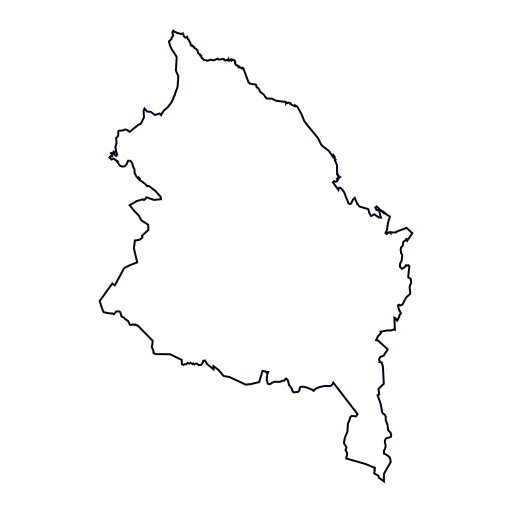 outline of Caimito, Sucre, Colombia
{"feature_id": "7082276B33919985254113", "entity_name": "Caimito", "entity_type": "district", "adm_level": 2, "iso_a3": "COL", "parent_name": "Colombia", "parent_adm1": "Sucre", "projection": "equal_earth", "projection_center": [-75.153, 8.788], "detail": "fine", "context": "isolated", "style": "outline", "palette": "ink", "viewbox_px": 512, "rotation_deg": 0, "n_neighbors": 0, "source": "geoboundaries", "source_scale": "gbopen_adm2", "svg_char_len": 6026}
<svg xmlns="http://www.w3.org/2000/svg" viewBox="0 0 512 512"><path d="M169.0,41.4L170.1,46.0L172.3,50.2L175.8,55.4L176.7,57.3L175.9,70.6L178.3,76.2L177.6,86.7L175.0,93.9L174.7,95.5L174.1,95.9L173.3,98.7L170.9,103.2L167.4,107.6L163.9,110.5L161.8,113.7L161.4,113.8L161.1,115.1L160.4,114.6L160.0,113.8L159.3,113.5L154.8,115.0L150.9,111.9L147.1,111.5L144.5,108.6L143.6,110.7L144.0,117.3L140.9,123.7L138.2,124.9L129.7,131.8L126.8,129.9L124.8,129.5L123.1,130.4L118.8,130.8L118.3,131.3L118.2,135.9L116.2,138.0L116.5,143.3L115.4,146.9L116.2,151.7L117.1,154.1L116.4,155.8L114.8,155.1L113.7,153.7L114.1,153.9L114.6,152.2L113.6,151.6L113.1,153.5L111.1,152.9L110.9,153.2L111.5,153.5L112.1,156.2L110.6,156.2L109.4,157.5L111.6,159.5L113.4,158.5L116.7,160.8L116.4,160.8L120.0,165.8L122.3,166.6L124.0,166.4L125.8,165.3L126.7,164.1L128.0,160.8L130.4,160.8L132.2,163.2L133.1,166.7L134.4,169.1L134.7,173.3L136.9,177.3L138.2,178.6L138.7,177.5L139.9,178.7L139.4,179.8L145.0,183.7L147.2,186.2L148.9,186.0L155.3,190.9L160.7,196.9L161.0,199.2L154.0,199.9L146.4,197.3L145.4,198.9L143.9,200.1L142.8,199.3L136.9,201.0L129.6,205.2L133.6,210.2L138.8,215.6L141.4,220.4L148.2,224.7L148.4,229.9L142.0,235.8L142.4,237.2L142.2,237.9L139.3,239.9L134.9,240.5L133.9,248.3L137.2,262.4L130.1,265.1L124.8,267.7L123.7,268.9L114.8,285.4L112.3,283.5L99.7,301.0L102.1,308.7L103.7,312.2L110.3,313.5L112.3,313.4L113.8,314.3L116.5,311.3L119.6,311.6L120.4,312.3L121.5,316.4L123.8,317.5L124.9,318.9L128.1,321.0L129.9,324.7L131.1,325.0L133.4,324.4L134.7,325.1L135.6,324.5L136.6,325.3L137.7,325.5L152.7,340.8L152.2,345.4L151.7,346.7L153.5,351.2L153.5,352.9L154.0,353.3L155.8,354.1L170.0,354.2L181.7,359.9L181.9,364.2L183.4,364.9L184.7,364.1L186.0,364.4L187.6,362.9L189.4,363.6L190.7,362.8L192.5,364.1L193.4,363.4L194.3,364.4L195.8,363.6L197.2,363.7L198.6,365.1L201.3,364.8L203.0,362.1L203.3,360.8L205.0,360.5L207.0,363.9L213.5,369.3L213.5,366.2L218.6,370.0L223.6,376.0L229.4,377.0L245.7,384.6L250.8,384.1L259.2,382.1L262.5,370.9L265.5,371.5L266.2,372.2L266.5,371.7L268.3,372.0L267.4,373.8L266.8,377.9L266.8,380.1L267.8,383.7L270.1,384.2L272.2,382.7L274.6,381.7L279.6,381.9L282.2,380.9L284.4,380.6L285.2,379.1L286.4,378.6L288.0,380.6L289.0,385.0L291.7,388.5L292.5,391.0L293.4,392.2L294.1,392.3L298.1,391.9L299.3,390.5L300.0,387.4L300.7,387.0L302.7,386.6L306.4,387.4L312.4,389.8L313.2,390.7L314.1,390.6L314.1,390.0L316.3,388.4L318.6,387.4L324.6,385.9L329.5,386.1L331.3,385.6L332.6,384.1L333.3,382.6L357.6,414.2L356.0,416.4L351.9,415.9L350.4,416.9L349.2,421.0L348.4,422.4L347.9,424.1L347.4,431.6L344.9,437.6L344.0,442.4L344.3,443.9L346.3,446.9L346.2,448.5L345.5,450.0L346.9,452.4L347.1,454.6L346.2,458.5L365.2,463.9L374.9,467.9L374.4,470.1L374.8,470.3L374.1,473.3L378.4,475.7L378.9,477.7L383.9,481.3L383.9,473.9L390.7,462.0L390.1,458.3L389.3,456.9L386.4,454.7L383.9,453.5L384.0,450.4L384.9,449.2L385.7,446.0L384.8,441.4L385.4,439.4L386.3,438.3L390.6,437.0L391.0,436.5L391.2,434.7L390.4,432.4L388.1,430.2L387.5,424.8L385.8,420.3L385.7,416.5L384.6,414.5L383.2,413.8L382.2,412.4L380.7,403.9L377.6,395.2L379.2,394.4L378.5,388.9L383.8,383.7L382.9,366.5L381.6,362.3L379.5,362.1L379.8,361.4L379.0,359.9L379.1,359.1L380.5,356.9L383.9,355.5L384.6,353.9L386.5,351.4L387.7,349.3L378.0,340.5L376.1,340.1L377.8,336.6L381.0,332.9L380.6,331.7L387.5,330.4L390.7,330.5L393.6,329.5L394.9,329.8L394.4,317.8L395.6,318.4L397.1,320.6L398.1,319.3L398.5,317.7L399.2,317.0L399.3,315.3L400.7,313.8L400.8,313.1L398.9,309.5L398.0,305.7L398.2,305.1L399.2,304.7L400.3,305.5L402.6,304.4L406.1,297.5L409.9,294.1L410.2,292.8L409.6,287.3L410.1,284.9L411.0,283.6L411.2,282.2L410.7,278.8L408.4,277.5L408.2,276.5L409.4,266.1L408.3,265.2L407.1,265.7L406.3,265.1L404.2,267.5L401.9,268.8L399.9,266.7L400.1,263.6L401.7,260.5L402.2,255.6L402.0,254.2L401.0,253.1L401.0,251.4L400.6,249.7L401.1,247.4L402.8,245.6L403.0,243.4L403.5,241.7L405.3,240.5L406.3,238.9L406.7,239.1L407.3,240.6L412.3,233.2L406.6,227.9L396.5,231.6L396.3,232.3L393.0,232.5L390.7,232.1L390.4,232.2L390.5,233.2L389.5,232.4L388.5,232.4L387.4,233.4L387.0,233.0L386.5,233.9L385.5,233.1L386.8,230.5L388.1,222.5L389.9,216.5L387.0,214.8L383.4,211.9L383.4,212.7L376.6,206.4L375.3,207.5L376.4,209.8L379.4,210.7L380.2,215.5L381.0,217.6L378.9,217.5L374.3,214.3L371.0,216.0L369.1,212.4L368.3,209.1L359.7,206.6L358.9,206.0L357.8,204.2L357.3,204.1L354.8,197.9L353.0,199.6L351.0,203.6L350.1,204.1L348.9,203.6L348.2,202.8L347.2,199.6L346.2,197.9L344.4,192.7L342.8,190.2L340.6,188.0L339.4,187.7L338.7,188.1L338.4,189.9L332.9,182.4L333.8,181.2L335.5,181.7L336.8,181.4L337.7,180.0L336.9,179.0L337.8,177.8L338.6,178.5L340.1,177.0L337.9,175.5L337.9,174.5L337.1,174.3L337.0,165.1L334.8,160.1L334.8,159.7L335.4,159.5L334.1,157.7L334.7,157.1L333.5,155.2L333.1,156.0L332.8,155.5L332.6,156.0L333.0,156.3L332.8,156.7L328.7,150.7L322.9,146.4L321.2,144.6L317.9,138.0L306.4,124.0L304.1,120.7L301.5,114.2L297.4,106.7L295.0,105.3L294.9,106.2L293.5,105.7L290.4,104.0L290.7,103.3L288.9,102.7L286.7,103.1L286.4,102.7L286.0,103.3L285.9,102.1L286.2,102.0L276.4,100.8L271.9,98.7L266.8,98.5L266.2,98.2L263.9,94.7L260.4,92.0L258.5,88.4L256.6,87.3L256.2,85.2L255.6,84.6L250.2,83.7L248.5,82.3L243.4,68.4L242.6,67.8L241.8,67.8L241.7,68.3L240.5,67.5L238.8,67.4L238.8,66.3L238.0,66.4L237.3,65.3L236.6,65.4L235.9,64.8L234.9,63.1L235.3,62.2L234.8,60.7L234.2,60.3L232.9,60.2L232.7,59.6L232.0,59.5L231.6,60.2L231.2,59.4L230.5,59.5L230.0,60.4L229.1,60.7L228.7,60.5L228.7,59.9L228.2,60.1L228.1,59.5L227.7,60.3L227.3,60.0L225.1,60.5L224.5,59.4L223.7,59.5L223.4,58.9L218.7,59.6L217.4,58.7L213.9,60.4L210.4,59.7L207.4,60.9L206.2,60.1L204.2,60.2L202.9,58.6L202.0,58.3L201.3,56.9L201.3,55.8L200.4,55.7L200.3,54.9L199.9,54.9L199.8,54.3L198.1,53.3L197.6,50.5L196.0,48.8L194.2,47.9L193.9,46.6L192.7,46.3L192.3,45.4L191.3,45.6L190.7,45.0L190.5,43.1L189.5,41.7L189.2,40.4L187.7,38.8L187.1,36.8L185.7,37.6L185.0,37.4L183.9,36.1L182.9,33.4L180.5,34.1L178.7,33.1L177.3,33.2L176.0,32.2L175.0,32.1L173.3,30.7L172.4,32.3L173.1,35.5L171.6,38.0L171.3,39.2L169.0,41.4Z" fill="none" stroke="#020617" stroke-width="2"/></svg>